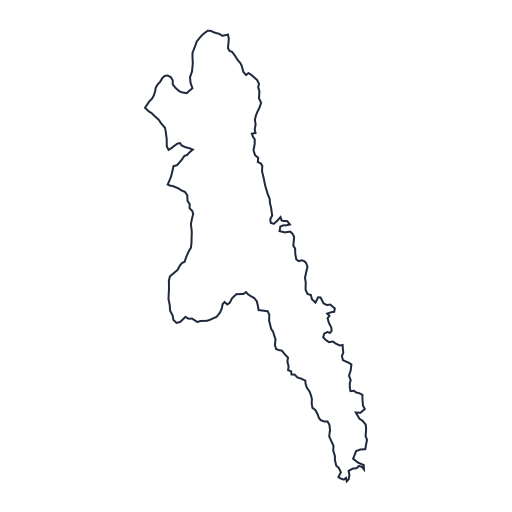 Cezarina, Goiás, Brazil (Equal Earth projection)
{"feature_id": "56859067B44555357251556", "entity_name": "Cezarina", "entity_type": "district", "adm_level": 2, "iso_a3": "BRA", "parent_name": "Brazil", "parent_adm1": "Goiás", "projection": "equal_earth", "projection_center": [-49.742, -17.105], "detail": "fine", "context": "isolated", "style": "outline", "palette": "slate", "viewbox_px": 512, "rotation_deg": 0, "n_neighbors": 0, "source": "geoboundaries", "source_scale": "gbopen_adm2", "svg_char_len": 4104}
<svg xmlns="http://www.w3.org/2000/svg" viewBox="0 0 512 512"><path d="M253.9,77.1L250.9,74.6L248.5,73.1L246.0,75.0L243.3,71.8L241.6,65.5L240.2,62.9L237.8,60.2L234.8,55.5L232.1,51.9L229.5,50.9L228.0,48.2L228.8,38.8L228.0,34.6L222.4,35.8L219.3,33.9L216.7,33.2L214.3,32.5L210.8,30.9L207.8,30.7L205.1,32.6L202.3,34.9L200.3,37.1L196.8,41.4L195.3,45.6L192.5,52.9L192.5,57.7L192.8,63.7L192.0,71.5L190.0,77.2L190.5,82.6L192.4,88.3L189.5,90.6L186.8,93.2L181.8,92.3L179.4,91.3L175.7,88.1L172.8,84.5L172.7,80.4L170.8,77.1L167.6,75.5L164.5,76.0L162.0,78.5L160.4,81.5L157.5,84.6L155.7,87.8L155.2,91.1L154.0,95.0L152.1,98.6L149.3,101.4L145.0,107.8L149.0,111.6L151.4,112.9L153.5,115.0L155.6,117.0L158.6,119.6L161.0,123.2L165.0,127.8L165.9,132.7L166.7,139.0L166.8,146.4L168.6,149.9L171.9,147.8L174.1,146.0L177.4,143.6L180.0,143.1L181.7,145.5L185.2,147.1L189.6,148.3L192.8,149.6L189.5,152.4L187.0,155.0L184.3,156.0L181.8,159.7L179.1,162.9L177.0,165.2L173.4,166.2L172.6,170.3L171.0,176.7L169.5,180.4L167.7,184.5L170.2,185.7L172.7,186.0L178.2,188.3L181.8,190.6L185.1,192.0L187.3,195.4L187.5,200.9L189.7,204.1L189.6,208.3L192.3,211.0L193.2,214.0L192.0,218.5L190.9,224.1L191.4,228.3L191.8,232.0L191.6,237.4L191.5,242.9L190.9,247.8L189.1,250.6L187.6,253.8L186.0,257.6L184.6,261.8L182.2,262.9L180.1,265.2L177.6,269.9L173.8,273.1L169.9,276.4L168.9,280.6L169.0,288.2L168.7,294.5L168.5,299.2L169.7,304.8L170.1,310.8L172.6,315.4L173.4,319.9L176.5,322.9L180.3,321.9L185.4,316.9L188.5,318.7L192.0,318.6L194.9,320.4L197.3,322.0L200.5,321.0L206.9,320.8L209.8,319.9L212.1,318.8L216.6,316.8L219.9,312.7L221.8,308.5L222.6,304.2L224.5,302.0L227.3,304.5L229.9,302.6L231.9,298.5L234.3,296.1L236.5,294.1L240.2,294.1L243.6,293.9L246.0,292.1L248.0,294.3L250.6,296.0L254.3,298.1L256.8,301.3L257.7,305.0L258.6,310.1L262.8,310.6L267.8,311.3L269.3,315.0L269.1,320.6L271.2,329.0L273.1,331.7L274.2,335.5L275.5,339.4L274.9,345.0L276.1,349.0L278.8,350.1L281.8,350.6L285.2,354.8L288.0,357.6L287.4,361.6L288.6,366.4L288.1,370.2L291.1,371.3L291.5,374.5L294.7,374.6L297.3,377.4L301.0,378.6L305.3,380.6L305.6,383.9L306.9,387.8L309.5,391.4L311.1,395.7L311.9,399.2L311.7,403.2L312.4,407.8L315.5,410.2L317.7,414.5L318.9,417.9L320.7,420.2L324.6,421.6L327.5,421.4L329.4,424.8L330.0,429.7L329.2,436.4L331.3,441.1L333.5,445.8L333.2,450.4L334.9,456.0L334.9,459.9L336.2,465.6L338.7,467.8L340.9,472.3L338.4,477.0L340.6,478.5L343.8,479.6L346.0,477.9L346.7,481.3L348.7,479.2L349.4,474.9L348.6,470.9L352.8,468.6L356.7,468.2L358.8,466.0L361.7,466.7L364.0,469.5L363.7,465.0L358.2,462.7L353.1,458.8L356.1,451.1L360.4,449.5L365.3,449.2L366.0,444.9L367.0,439.9L365.6,436.0L365.9,432.5L366.1,428.7L365.7,424.6L362.7,420.9L359.4,418.7L357.6,415.5L355.8,412.5L360.4,412.8L362.7,410.8L364.8,409.0L363.0,405.7L362.5,400.0L362.4,394.8L359.2,393.2L356.2,392.5L354.0,390.8L350.5,391.1L349.8,387.9L349.8,383.2L350.7,380.2L349.0,375.7L350.7,370.4L351.4,364.4L348.6,362.7L345.4,361.3L342.9,360.1L341.9,356.0L343.3,352.7L342.9,349.2L342.6,345.0L339.9,345.5L335.6,343.5L332.9,341.5L329.0,342.2L325.4,339.7L323.2,337.2L324.3,333.5L327.5,332.0L330.0,332.9L331.7,330.6L331.2,327.3L328.8,322.7L327.6,318.2L329.5,315.9L327.2,313.6L331.4,312.2L334.2,311.8L334.8,308.5L330.3,304.6L326.8,305.0L323.5,303.3L320.6,297.5L318.1,297.3L315.5,302.6L311.9,299.2L310.9,295.0L307.6,294.0L305.6,289.9L305.7,282.2L305.0,277.8L306.0,272.8L307.5,266.9L306.1,262.9L304.0,261.0L301.7,260.3L298.7,261.2L296.3,259.4L295.3,254.1L295.1,248.5L293.3,245.9L293.8,240.8L294.1,236.8L292.4,233.6L290.2,231.6L284.9,232.4L279.5,231.1L280.4,226.4L283.6,225.3L286.3,225.3L289.9,224.5L287.2,221.1L284.0,221.0L281.6,220.5L280.5,217.1L277.2,220.8L273.8,223.8L270.8,222.9L270.2,219.3L272.2,215.6L271.0,207.3L270.0,203.5L269.7,199.0L267.6,193.7L265.8,187.8L265.0,184.8L263.7,178.2L262.0,171.1L262.3,165.9L260.8,163.4L257.8,162.0L258.2,157.8L255.0,155.1L253.5,150.3L254.7,143.9L254.7,139.3L252.9,136.7L251.9,133.7L255.5,133.0L254.7,129.5L255.6,124.5L254.9,119.7L255.9,115.5L257.2,112.3L259.5,107.5L261.1,102.9L259.0,98.3L259.4,91.3L258.2,87.3L259.0,83.9L257.1,80.0L253.9,77.1Z" fill="none" stroke="#1e293b" stroke-width="2"/></svg>